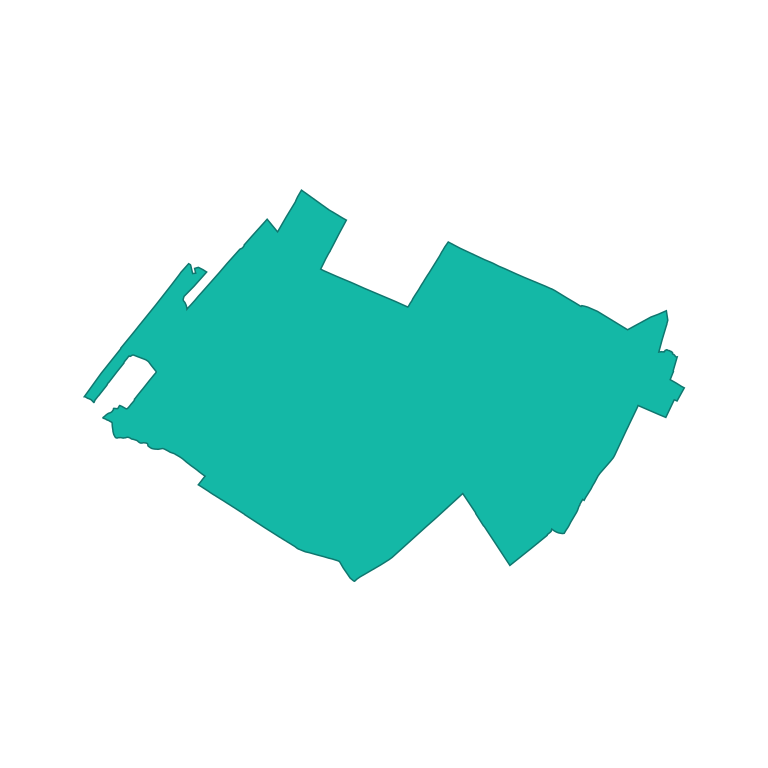 Teiu, Arges, Romania, rotated 164°
{"feature_id": "2599482B70110326614234", "entity_name": "Teiu", "entity_type": "district", "adm_level": 2, "iso_a3": "ROU", "parent_name": "Romania", "parent_adm1": "Arges", "projection": "albers", "projection_center": [25.15, 44.647], "detail": "fine", "context": "isolated", "style": "filled", "palette": "teal", "viewbox_px": 768, "rotation_deg": 164, "n_neighbors": 0, "source": "geoboundaries", "source_scale": "gbopen_adm2", "svg_char_len": 6027}
<svg xmlns="http://www.w3.org/2000/svg" viewBox="0 0 768 768"><g transform="rotate(164 384 384)"><path d="M553.9,296.8L538.3,278.8L529.4,268.8L527.4,266.5L514.5,252.4L512.7,249.9L511.8,249.0L505.9,244.4L502.4,242.5L495.0,237.9L489.6,234.7L485.4,232.0L481.9,230.0L477.1,226.8L476.4,226.3L475.6,225.2L473.8,218.0L472.7,214.8L470.0,206.7L468.0,203.8L467.3,202.9L466.6,202.5L463.6,204.0L460.1,205.2L437.4,210.9L427.4,213.8L423.9,215.1L383.5,234.9L370.7,241.0L338.5,257.0L338.2,256.1L331.4,234.8L331.6,234.2L327.5,220.4L326.8,219.2L325.3,214.3L322.0,203.8L313.0,174.9L287.8,185.4L268.9,193.5L268.6,194.1L267.7,194.6L265.2,195.6L263.8,196.4L263.4,197.3L262.7,198.3L261.8,197.0L260.2,195.2L258.9,194.0L257.3,192.8L254.7,191.5L253.5,191.0L251.9,190.8L249.4,193.2L247.1,195.1L245.5,196.6L242.6,199.7L234.3,207.5L232.7,209.3L230.3,212.7L229.1,213.7L228.7,214.6L224.8,218.3L223.7,217.0L221.6,219.2L214.0,226.0L211.6,228.6L208.5,231.5L203.6,236.6L200.8,238.8L187.9,247.1L184.9,249.2L183.9,249.9L181.9,251.9L163.7,272.8L160.7,276.1L159.7,277.3L146.8,291.8L145.7,293.3L127.7,278.5L122.3,274.2L109.4,288.8L108.2,287.9L107.0,286.9L96.4,297.5L98.6,299.6L102.8,304.3L107.7,309.3L103.3,315.0L102.3,316.2L102.3,317.1L94.7,329.2L95.2,329.2L95.8,329.6L96.1,330.2L96.4,330.5L96.6,331.0L96.6,331.3L97.3,332.5L98.0,333.0L98.3,333.5L98.3,333.9L98.0,334.3L98.1,334.7L98.4,335.1L98.5,335.6L99.1,336.2L99.6,336.2L100.2,337.3L101.2,337.7L102.3,338.5L102.4,338.8L102.8,339.0L103.9,338.8L104.1,338.9L104.5,338.8L104.7,338.4L104.9,338.4L105.5,338.0L105.7,337.7L106.2,337.7L106.7,338.0L107.8,338.2L108.6,338.7L109.4,338.6L110.2,339.0L111.0,339.0L104.3,350.1L96.6,362.1L95.8,363.2L95.3,364.3L93.6,367.1L92.4,376.6L101.4,375.4L109.0,374.8L134.9,369.0L158.8,395.0L166.9,401.7L169.8,403.5L172.3,404.8L173.2,404.2L178.7,410.2L184.4,416.2L194.1,426.8L196.7,429.3L196.9,429.3L202.1,433.7L219.8,447.8L226.7,453.5L236.2,461.6L241.2,465.6L245.9,470.0L253.1,475.8L273.4,493.5L283.1,502.8L287.9,498.9L290.9,496.0L292.1,495.0L295.1,491.9L310.0,478.4L312.4,476.4L316.5,472.7L318.4,470.9L320.4,469.2L322.5,467.2L324.6,465.2L329.6,460.9L332.6,458.2L334.5,456.1L336.5,454.5L338.6,452.4L339.9,451.4L350.4,460.3L376.4,481.3L385.9,489.3L400.2,500.8L410.9,509.7L413.2,511.9L409.7,515.7L405.4,520.5L404.2,521.7L402.0,524.0L400.1,525.8L399.2,526.5L398.7,527.2L394.4,531.7L386.3,540.3L375.0,551.9L377.8,554.7L380.7,557.8L384.3,561.7L388.8,566.4L395.2,574.5L398.8,579.1L409.9,593.1L415.4,587.8L417.7,585.2L419.1,583.4L431.8,571.7L444.0,559.9L444.4,559.6L445.3,561.7L450.9,574.6L470.6,562.3L480.1,556.2L480.2,555.6L482.2,554.0L483.3,553.6L485.4,553.3L501.5,543.2L511.6,536.5L534.5,521.9L538.2,519.6L542.9,516.4L547.7,513.4L551.8,511.0L552.8,510.2L552.5,512.2L552.5,514.5L552.9,517.2L553.8,519.2L553.8,520.6L552.1,523.3L539.7,530.3L523.6,540.5L526.5,543.8L530.3,547.3L534.2,547.3L534.5,542.4L537.5,542.9L537.1,551.4L537.2,552.0L538.6,553.5L548.5,547.3L549.3,546.6L551.9,544.6L561.2,537.7L581.6,522.9L603.7,507.4L608.7,503.8L610.0,502.9L627.2,491.0L627.4,490.4L653.0,472.2L675.6,454.4L674.9,454.1L674.7,453.9L674.3,453.6L672.9,452.0L672.6,451.8L672.1,451.5L671.3,450.9L670.1,449.8L669.5,448.9L668.5,447.0L668.0,446.2L667.8,446.2L667.6,446.5L666.5,447.8L666.3,448.1L661.9,451.3L661.5,451.4L660.3,452.3L660.2,452.3L659.9,452.6L651.1,458.9L650.7,459.2L650.3,459.7L649.7,460.3L649.6,460.5L649.0,460.9L648.7,461.2L648.1,461.4L646.6,462.5L637.1,469.5L628.5,475.6L628.3,475.7L628.2,476.2L627.8,476.6L625.9,478.1L625.0,478.6L621.5,481.2L620.8,480.9L620.6,480.6L620.1,480.5L619.7,480.6L618.6,481.0L617.9,481.1L617.6,481.1L616.7,480.8L613.7,478.5L613.2,478.1L612.5,477.6L606.5,473.1L606.2,472.8L604.8,471.2L604.1,470.1L602.6,466.0L599.6,458.8L599.6,458.6L599.7,458.3L599.8,458.1L600.6,457.4L601.2,457.1L601.6,456.7L602.2,456.4L608.3,452.2L617.9,445.3L618.6,444.9L621.4,442.9L624.4,440.8L627.5,438.5L627.9,438.3L628.0,438.3L628.1,438.2L628.3,437.3L628.7,437.0L629.0,436.7L630.8,435.5L631.4,435.1L632.7,434.3L634.4,433.0L636.1,431.9L637.5,431.1L638.2,431.1L638.6,431.2L638.9,431.4L642.1,434.7L643.1,435.5L643.8,436.1L644.1,436.2L644.9,435.5L645.4,435.0L645.9,434.5L646.1,434.3L646.7,433.9L647.1,433.8L647.5,433.9L650.4,435.1L650.7,435.0L650.9,434.8L651.2,434.0L651.3,433.8L651.5,433.6L651.9,433.4L652.7,432.7L653.4,432.3L653.8,432.1L654.7,431.9L655.5,431.8L656.8,431.8L657.3,431.7L659.4,431.0L661.8,429.8L663.0,429.4L663.4,429.1L663.5,429.0L663.5,428.8L663.4,428.6L662.9,428.2L662.0,427.6L661.9,427.5L661.5,427.2L661.1,426.9L660.7,426.3L660.4,426.0L660.0,425.7L658.6,424.7L658.2,424.2L657.1,423.0L656.5,422.6L656.3,422.2L656.1,421.8L656.1,421.4L656.8,418.4L656.9,417.5L657.0,417.1L657.1,416.3L657.3,414.4L657.5,413.6L657.6,413.0L657.7,410.1L657.6,409.5L657.3,408.1L657.1,407.2L657.0,406.9L656.7,406.4L656.4,406.1L656.1,405.9L655.6,405.7L655.4,405.6L655.0,405.6L654.3,405.7L653.8,405.5L652.0,405.1L651.3,404.8L649.6,403.9L648.4,403.8L647.7,403.6L647.2,403.6L645.8,403.6L645.5,403.6L644.7,403.3L644.0,402.9L643.2,402.3L642.0,400.9L641.6,400.6L641.3,400.4L640.5,400.1L637.8,398.3L636.7,397.4L636.0,396.1L635.0,394.9L634.2,394.3L632.8,393.9L631.6,393.9L630.3,393.4L629.1,392.9L628.2,392.3L627.9,391.9L627.8,391.6L627.7,391.3L627.8,390.6L627.9,389.9L627.9,389.6L627.7,389.1L627.1,388.4L626.1,387.1L625.4,386.4L624.8,385.9L623.3,385.1L622.7,384.8L622.3,384.7L621.7,384.4L621.2,384.3L619.2,383.5L618.3,383.4L615.3,383.1L614.3,382.9L614.0,382.7L613.2,382.1L612.6,381.6L612.4,381.4L609.9,379.0L608.4,377.4L607.3,376.6L605.4,375.3L604.5,374.6L603.5,373.4L603.0,373.0L602.2,372.1L601.1,371.0L599.6,369.3L598.2,367.6L597.7,366.8L597.4,366.4L597.1,365.9L596.8,365.5L595.6,363.6L594.2,361.7L592.1,358.8L589.4,355.4L588.4,354.1L587.9,353.4L587.1,352.4L586.3,351.1L585.3,349.8L584.3,348.4L581.4,344.7L585.2,342.1L585.4,341.8L590.3,338.3L589.8,337.8L582.6,329.6L580.4,326.9L580.2,326.7L578.4,324.6L577.4,323.6L575.4,321.3L574.8,320.7L572.6,318.2L570.8,316.3L567.5,312.5L566.3,311.2L562.7,307.1L562.5,306.9L560.4,304.5L558.3,302.1L554.1,297.3L553.9,296.8Z" fill="#14b8a6" stroke="#0f766e" stroke-width="1.5"/></g></svg>